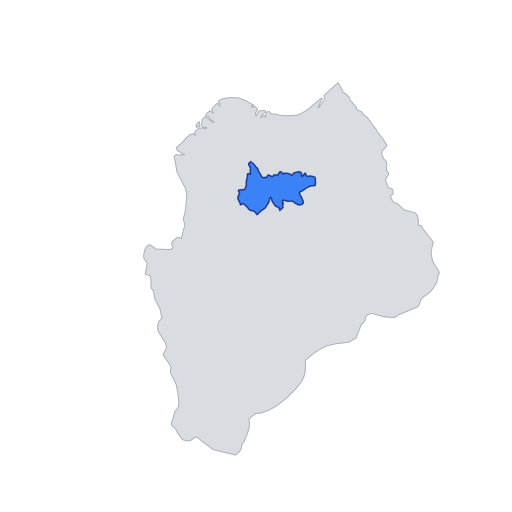 location of Kogi within Nigeria, rotated 140°
{"feature_id": "NGA-2865", "entity_name": "Kogi", "entity_type": "State", "adm_level": 1, "iso_a3": "NGA", "parent_name": "Nigeria", "parent_adm1": "", "projection": "orthographic", "projection_center": [6.621, 7.634], "detail": "fine", "context": "in_parent", "style": "filled", "palette": "blue", "viewbox_px": 512, "rotation_deg": 140, "n_neighbors": 0, "source": "natural_earth", "source_scale": "10m", "svg_char_len": 6340}
<svg xmlns="http://www.w3.org/2000/svg" viewBox="0 0 512 512"><g transform="rotate(140 256 256)"><path d="M399.5,116.6L413.2,135.0L416.4,148.7L417.6,155.5L419.8,156.3L424.0,156.6L427.0,157.9L428.9,160.1L430.0,162.2L430.3,163.4L429.7,171.7L428.7,174.8L429.4,178.8L429.3,180.6L428.9,181.8L427.1,183.2L424.6,184.6L418.7,188.6L417.0,189.3L414.5,189.4L412.3,190.4L409.8,192.6L404.4,200.6L399.8,208.7L396.6,221.7L392.4,225.8L391.7,229.3L391.2,237.4L390.6,239.8L390.0,240.6L385.4,242.2L382.8,244.1L381.3,247.7L379.5,260.2L378.9,262.2L377.4,264.4L375.1,266.8L373.1,268.1L367.9,269.0L363.0,278.4L363.0,280.1L360.9,288.6L357.1,295.0L356.9,299.1L352.2,304.8L349.7,308.7L352.3,312.7L352.5,313.3L344.3,320.2L343.8,321.2L343.5,325.9L342.9,327.2L341.4,328.9L339.1,330.8L336.9,332.3L334.3,333.3L331.8,333.7L330.5,333.2L329.7,331.8L328.2,326.0L327.5,324.8L325.9,323.7L319.4,317.5L315.5,315.3L314.7,315.4L314.1,316.1L313.0,319.3L311.9,320.4L309.9,320.9L306.3,320.9L303.7,320.5L303.2,319.9L301.9,317.4L294.0,323.2L291.2,324.5L287.7,331.3L282.7,334.7L279.3,337.7L270.0,347.0L268.2,349.8L266.4,353.8L262.5,371.2L256.1,382.1L255.2,384.4L254.9,384.4L254.0,385.3L251.5,384.7L250.4,382.7L248.9,382.4L246.2,379.4L245.7,379.9L248.5,387.4L247.4,390.3L239.6,390.4L232.8,391.4L228.2,391.4L225.8,390.3L224.8,387.5L224.4,387.8L224.2,389.3L222.7,390.5L217.5,390.7L215.2,388.8L213.3,386.7L211.3,385.7L211.6,386.6L213.9,388.7L213.6,391.7L209.4,395.2L206.8,395.4L205.1,393.9L204.3,391.5L203.8,387.8L202.7,385.5L202.1,385.5L202.9,389.4L202.9,393.1L204.9,395.9L201.8,396.8L198.1,396.9L197.7,395.9L197.2,393.5L196.6,392.9L195.8,396.9L188.2,398.0L187.2,397.8L186.9,397.1L187.5,396.0L187.4,394.2L185.7,395.6L185.4,398.3L184.5,398.8L181.6,398.4L178.5,396.9L173.3,393.4L167.1,387.7L166.1,385.2L164.3,382.0L161.0,373.4L161.6,373.0L163.1,373.5L163.8,372.6L161.2,372.0L160.7,371.4L160.5,369.5L160.6,367.2L164.5,366.0L165.5,364.5L166.0,363.1L161.1,365.3L156.6,362.8L155.6,361.3L156.1,360.2L161.4,360.1L163.2,359.0L162.1,358.6L160.1,358.7L159.4,357.9L159.4,356.2L158.8,356.5L157.9,358.1L154.8,359.3L153.0,358.1L152.9,355.5L152.5,354.4L151.0,353.4L145.6,346.6L138.9,340.9L132.9,336.9L123.9,335.0L105.0,335.0L104.0,334.4L105.1,333.5L106.8,333.0L112.9,329.8L111.9,329.4L105.5,331.3L103.4,331.5L100.5,335.3L81.9,336.0L82.0,334.2L82.9,329.2L84.0,325.8L82.8,321.6L82.5,317.8L83.3,316.6L83.6,315.2L83.5,305.4L84.5,304.0L84.5,303.0L82.6,298.8L82.7,295.6L82.3,292.5L81.7,291.1L82.6,279.3L82.4,276.3L83.0,274.2L83.4,269.1L83.4,264.1L84.7,256.2L92.6,255.2L94.6,252.1L95.7,248.2L95.4,244.2L98.0,240.9L101.1,237.9L101.0,234.6L101.9,233.5L103.4,232.8L105.5,232.4L107.9,230.8L109.2,227.9L110.6,223.3L108.6,220.0L108.6,219.3L109.4,217.6L110.6,215.9L111.6,215.3L113.9,215.8L114.7,215.1L116.2,210.0L116.1,208.6L114.0,205.2L112.9,195.9L112.3,194.7L110.6,193.0L106.3,186.5L106.4,183.4L108.3,179.5L109.5,177.6L111.2,176.5L111.6,175.6L111.1,174.5L110.2,173.7L110.1,171.9L110.9,169.4L110.7,166.7L111.3,152.8L114.9,150.1L120.1,145.6L122.8,140.9L124.3,137.3L126.1,125.4L128.9,124.1L134.1,119.8L141.2,117.3L145.8,116.5L153.8,117.0L157.9,116.6L161.3,114.3L162.9,113.6L165.1,113.2L185.1,119.5L187.0,119.2L188.5,119.6L191.0,121.2L196.9,127.0L203.1,136.0L205.0,137.9L207.0,138.9L208.9,139.3L210.4,139.1L211.9,138.3L213.8,136.6L216.7,135.8L219.2,135.9L231.6,129.1L232.8,129.0L240.5,130.4L251.0,137.3L259.6,141.7L265.6,143.2L272.7,144.2L284.8,144.5L293.7,134.8L297.1,132.6L301.1,130.7L309.5,128.9L323.4,127.5L336.5,127.9L344.7,129.5L353.3,132.5L357.1,135.4L362.9,135.9L367.0,135.2L368.3,132.2L372.4,128.2L378.6,124.5L383.6,121.9L387.8,120.7L391.4,117.7L394.4,116.8L399.5,116.6ZM218.0,394.6L215.1,395.5L213.2,395.3L215.8,391.3L217.1,392.2L218.8,392.5L218.0,394.6Z" fill="#d9dde1" stroke="#a8b0b8" stroke-width="1"/><path d="M228.6,287.1L228.5,288.8L228.5,290.4L228.9,291.9L229.8,293.2L230.7,294.1L231.2,295.1L231.4,296.2L231.3,299.6L231.8,303.2L232.1,304.4L233.1,304.9L234.2,304.7L235.0,305.3L234.4,306.3L234.0,307.2L233.9,308.1L233.4,310.5L232.2,312.6L228.3,314.7L227.8,315.9L227.7,317.2L226.9,317.5L226.0,317.1L224.7,316.0L223.6,315.5L222.6,314.6L221.2,314.5L220.1,315.0L219.1,315.8L218.2,316.1L217.7,316.6L216.0,318.8L214.5,320.2L212.0,321.9L210.9,323.3L209.6,324.3L208.9,324.0L208.4,323.3L208.2,323.1L208.1,322.7L208.1,322.4L208.0,322.2L207.0,322.8L206.2,324.4L204.2,326.3L203.5,327.7L202.9,330.6L201.9,331.6L201.1,331.7L200.3,331.5L199.7,331.5L199.4,331.6L199.4,331.1L199.4,330.7L198.8,329.0L198.7,327.7L198.8,323.9L198.6,322.4L198.6,321.9L199.0,320.7L199.7,319.0L199.8,318.8L199.8,317.5L199.8,317.2L200.1,316.5L200.2,314.9L200.6,313.8L200.7,313.3L200.6,312.7L200.6,312.4L200.1,311.4L200.0,311.1L199.3,310.9L198.8,310.7L198.8,310.2L198.4,309.7L198.0,309.4L197.2,309.5L196.0,310.0L194.5,310.2L194.1,309.7L194.0,309.1L193.6,308.6L193.0,306.9L192.2,306.3L191.6,306.2L190.5,306.5L189.8,306.4L189.0,305.5L188.0,304.8L187.5,304.4L187.2,303.9L186.7,304.0L186.1,304.4L184.7,305.0L183.3,305.0L182.6,304.0L182.9,302.7L182.7,302.0L181.8,301.7L181.9,301.1L181.4,300.8L180.8,300.9L180.3,300.6L178.4,298.6L177.0,296.3L177.1,295.1L176.3,294.7L173.9,295.2L172.5,294.8L170.2,293.6L169.7,293.2L169.3,293.2L168.4,292.3L167.9,291.1L168.2,289.8L169.0,288.7L169.7,288.3L169.7,287.7L169.3,287.3L168.7,287.3L167.6,287.4L166.6,287.6L165.8,288.1L165.2,287.9L165.2,286.6L165.8,285.8L165.6,284.0L163.6,282.8L162.4,281.7L162.1,281.1L161.6,280.7L161.2,280.1L160.3,278.5L160.5,277.5L163.9,273.3L165.2,272.1L166.4,272.5L167.9,274.0L170.8,275.1L173.7,275.8L177.8,276.0L181.0,276.8L182.0,276.6L182.6,275.8L182.9,275.0L183.4,271.9L184.6,267.8L185.8,266.2L187.1,265.9L187.7,266.0L187.9,266.1L189.0,266.9L189.5,267.0L190.0,267.2L190.4,267.6L191.1,268.8L191.1,269.4L191.2,269.6L191.7,270.6L191.7,270.8L191.9,270.8L192.0,271.1L192.1,271.4L192.1,272.2L192.5,273.7L193.2,275.0L193.4,275.2L196.3,277.4L196.7,277.8L197.8,279.6L198.9,280.8L199.3,281.0L199.8,281.5L200.4,281.2L200.6,280.4L200.9,279.7L201.3,279.4L201.7,279.6L201.8,279.1L201.7,278.5L202.2,278.0L202.8,277.8L203.7,277.0L204.1,275.8L205.9,275.7L207.0,275.8L208.0,275.7L208.3,275.6L208.1,276.6L207.3,278.6L208.8,281.1L208.9,283.1L208.4,287.4L208.1,288.4L207.5,289.2L207.2,290.4L207.1,291.6L207.4,291.7L208.1,291.4L209.1,290.8L209.7,290.3L209.9,290.2L211.4,289.1L217.4,287.1L218.4,286.9L223.6,287.4L227.7,287.0L228.2,287.0L228.6,287.1Z" fill="#3b82f6" stroke="#1e3a8a" stroke-width="1.5"/></g></svg>